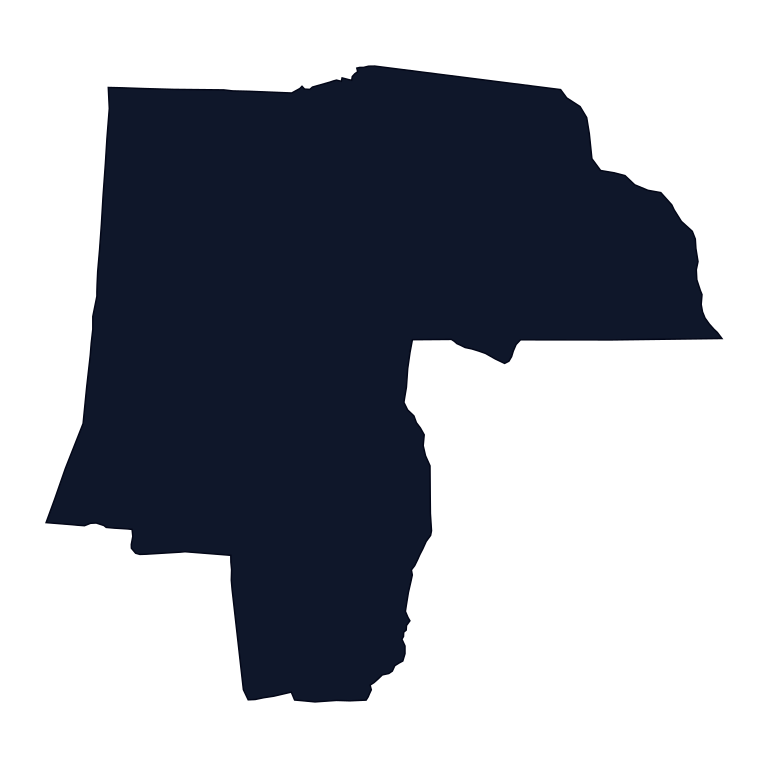 the district of Doun Kaev, Takêv, Cambodia
{"feature_id": "14789045B36227834850403", "entity_name": "Doun Kaev", "entity_type": "district", "adm_level": 2, "iso_a3": "KHM", "parent_name": "Cambodia", "parent_adm1": "Takêv", "projection": "mercator", "projection_center": [104.801, 10.986], "detail": "fine", "context": "isolated", "style": "filled", "palette": "ink", "viewbox_px": 768, "rotation_deg": 0, "n_neighbors": 0, "source": "geoboundaries", "source_scale": "gbopen_adm2", "svg_char_len": 2263}
<svg xmlns="http://www.w3.org/2000/svg" viewBox="0 0 768 768"><path d="M560.6,89.6L374.8,66.1L368.5,66.2L363.6,67.4L359.8,67.4L356.8,68.1L357.7,71.7L354.9,73.7L352.3,76.5L351.7,80.3L348.2,79.5L345.2,78.7L342.1,77.9L341.3,81.3L336.5,80.1L333.2,81.0L330.0,82.1L312.4,87.1L309.9,89.4L304.6,89.1L302.0,86.3L299.9,88.5L291.7,93.0L249.3,91.3L232.6,90.9L223.9,89.9L173.8,89.4L144.7,88.6L121.4,87.8L108.3,87.5L109.3,108.5L107.0,137.7L105.4,163.5L103.1,195.4L101.4,224.4L99.6,249.5L97.7,271.4L97.1,284.5L96.9,291.8L96.9,296.2L92.8,316.5L92.8,329.3L91.2,343.4L90.3,355.0L86.7,387.0L84.4,410.2L83.1,423.5L80.6,429.9L65.4,468.4L54.8,498.8L46.1,522.6L72.4,524.7L77.6,525.2L84.5,525.7L90.5,523.3L96.2,523.0L103.9,525.5L106.2,527.4L114.2,528.1L127.4,528.9L132.1,529.4L132.8,536.4L131.3,544.5L131.4,548.2L135.6,553.2L139.8,554.4L146.0,554.2L180.7,552.1L185.0,551.7L230.8,555.3L230.9,562.2L231.6,569.7L231.3,580.2L232.1,589.4L243.4,689.7L248.2,699.8L255.1,699.5L263.7,697.7L273.7,696.2L291.3,692.1L294.6,700.0L302.4,700.7L315.0,701.9L336.5,700.4L349.9,700.8L366.1,700.1L368.2,696.8L369.3,694.1L371.3,689.8L370.1,685.1L374.0,682.6L378.7,678.4L382.3,674.9L388.8,673.5L392.3,671.1L394.8,665.7L398.9,663.1L402.8,661.0L405.0,653.7L405.0,646.0L401.9,639.2L403.5,636.5L403.7,632.2L406.2,630.1L406.5,625.5L409.9,620.8L407.9,617.3L405.4,611.4L406.3,605.4L408.4,592.4L411.0,581.1L412.3,575.0L411.4,569.9L414.7,565.6L417.5,559.9L419.8,554.7L422.7,549.1L426.2,541.4L430.6,535.4L431.5,530.8L430.4,513.5L430.2,494.0L430.0,465.8L425.5,455.7L423.2,445.7L424.2,434.8L420.4,428.0L416.4,422.7L413.9,415.9L407.6,409.9L403.9,402.4L404.8,396.8L406.4,387.3L407.7,368.6L410.0,352.5L412.4,339.7L451.4,339.4L454.3,341.3L456.9,343.6L460.5,345.2L465.1,347.5L471.8,348.9L478.6,351.0L485.5,353.4L495.2,358.9L504.6,363.4L508.9,361.2L511.6,356.6L513.3,351.0L516.1,344.5L520.5,339.8L611.8,339.9L721.9,338.5L717.3,332.4L713.8,329.1L709.2,323.9L705.0,318.0L702.5,311.8L701.2,304.5L702.0,294.6L700.3,290.4L696.8,279.7L696.3,269.7L698.0,261.6L695.9,248.5L695.3,239.0L692.3,231.3L681.4,221.4L674.1,209.8L671.8,204.9L660.8,192.6L647.9,190.3L634.7,184.8L625.0,175.6L614.2,172.8L600.6,170.5L591.9,158.7L589.3,133.6L586.7,117.6L580.1,106.6L566.7,97.9L560.6,89.6Z" fill="#0f172a" stroke="#020617" stroke-width="1.5"/></svg>